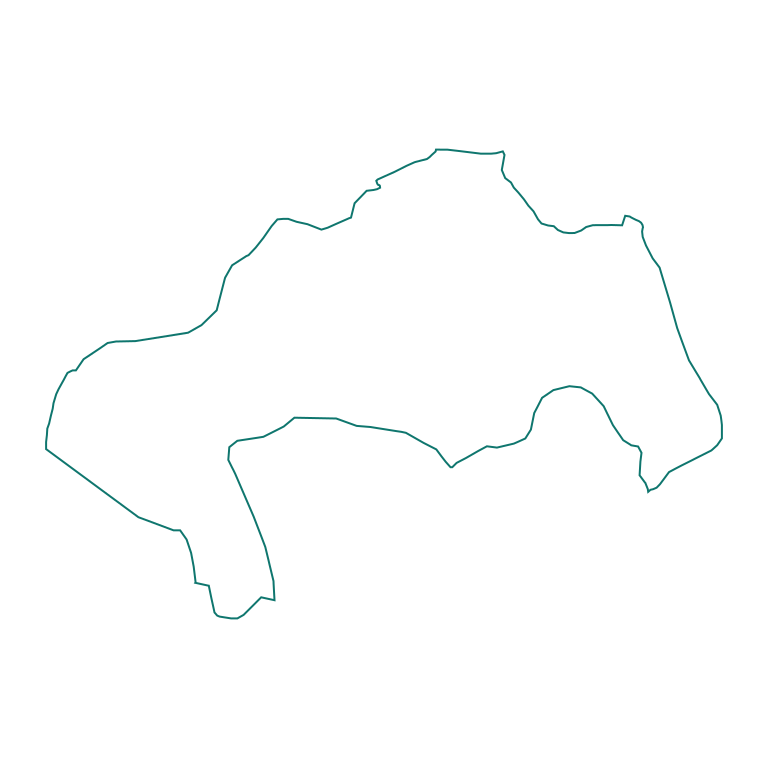 the district of As Sukhnah, Al Hudaydah, Yemen
{"feature_id": "15242507B99708697665736", "entity_name": "As Sukhnah", "entity_type": "district", "adm_level": 2, "iso_a3": "YEM", "parent_name": "Yemen", "parent_adm1": "Al Hudaydah", "projection": "robinson", "projection_center": [43.357, 14.746], "detail": "fine", "context": "isolated", "style": "outline", "palette": "teal", "viewbox_px": 768, "rotation_deg": 0, "n_neighbors": 0, "source": "geoboundaries", "source_scale": "gbopen_adm2", "svg_char_len": 3239}
<svg xmlns="http://www.w3.org/2000/svg" viewBox="0 0 768 768"><path d="M502.8,151.4L496.2,153.2L490.8,153.7L481.1,153.7L459.8,151.1L447.7,149.7L436.0,149.6L435.6,151.5L431.8,154.9L429.7,157.0L427.0,159.0L415.3,162.0L414.2,162.4L406.6,165.8L394.5,171.9L385.1,176.1L377.6,179.5L376.3,180.8L377.3,183.8L378.3,185.0L379.4,185.2L379.9,185.9L380.1,187.7L377.0,189.2L373.4,190.0L366.6,190.8L364.9,192.6L355.6,202.2L354.7,203.1L354.7,203.3L354.5,203.6L351.0,217.6L348.6,218.4L347.8,218.8L335.7,224.1L327.7,227.7L325.8,228.3L321.4,229.6L307.5,224.2L296.6,221.8L288.3,218.9L282.9,218.9L277.4,219.4L271.6,226.1L263.3,238.0L255.7,247.6L248.5,255.2L246.3,256.1L246.0,256.3L244.8,257.1L240.9,259.6L232.1,265.3L230.8,267.6L225.1,277.7L224.6,279.5L219.0,301.2L216.7,310.3L201.5,325.1L188.1,332.7L135.3,341.1L116.0,341.5L107.6,343.0L99.8,348.4L83.6,359.2L75.9,370.4L72.6,370.4L70.6,371.3L67.5,372.9L65.6,376.3L63.5,380.3L62.2,382.6L58.5,389.3L56.2,394.2L53.5,403.2L52.7,408.7L50.9,415.7L49.1,423.6L47.3,428.6L46.9,435.1L46.1,442.0L46.1,448.5L46.1,449.1L138.4,517.2L173.5,530.3L180.1,530.3L180.4,530.7L186.6,539.5L191.1,552.9L193.7,566.7L195.6,582.3L195.3,582.8L208.1,585.6L208.8,585.7L211.4,598.3L213.5,607.8L214.5,612.5L215.6,613.7L217.1,615.5L218.4,616.1L219.7,616.6L223.4,617.2L231.1,618.4L237.4,618.4L243.6,614.9L261.2,597.3L263.0,597.7L264.3,598.0L273.1,599.9L274.5,600.2L273.6,583.9L273.5,581.1L269.5,564.5L268.6,560.6L265.3,547.0L261.7,537.5L253.7,516.7L246.7,500.5L235.2,473.8L233.3,469.9L231.9,467.2L228.3,459.9L228.4,458.6L229.3,447.2L231.9,445.1L237.3,440.8L257.1,437.8L263.4,436.8L265.8,435.6L279.9,428.5L283.8,426.5L294.4,417.7L336.2,418.5L338.7,419.4L345.6,421.9L353.1,424.6L356.4,425.8L356.7,425.9L370.4,427.0L377.3,428.1L396.9,431.2L401.1,431.8L405.9,432.8L423.6,442.9L436.3,449.4L441.5,456.4L445.7,461.8L450.5,467.2L452.3,467.2L456.6,462.9L466.0,458.0L478.2,451.0L486.9,446.3L496.3,447.5L496.9,447.6L513.9,443.6L517.8,441.9L525.3,438.5L525.5,438.2L530.9,429.6L534.1,413.7L534.2,413.1L537.5,406.8L542.1,397.8L550.2,392.3L553.4,390.1L566.9,386.8L569.4,386.2L580.8,387.4L583.5,388.9L592.2,393.6L603.7,406.2L607.8,414.7L608.2,415.4L608.5,416.1L612.9,425.1L618.1,432.8L619.3,434.5L620.6,436.4L623.2,440.2L630.4,444.7L631.2,445.3L638.1,446.5L641.5,452.8L640.4,461.6L639.6,475.3L645.0,482.6L645.3,482.8L647.8,489.1L648.2,491.8L650.5,489.8L653.1,489.2L656.6,487.7L660.0,484.2L669.0,472.1L676.3,468.2L676.9,467.9L681.9,465.3L692.5,460.0L694.6,458.9L711.3,450.5L712.7,449.3L717.2,445.2L721.9,438.4L721.9,433.1L721.9,425.0L721.4,420.6L720.7,415.6L717.2,404.8L709.0,394.1L707.1,390.9L700.5,379.6L699.6,377.9L696.0,372.0L689.0,360.4L681.9,341.1L677.2,328.1L670.1,302.6L660.9,272.0L659.6,267.6L652.7,258.4L646.0,245.5L642.7,236.9L642.1,231.5L642.6,228.6L642.7,228.3L642.7,228.2L643.0,227.3L642.5,225.0L641.1,222.7L638.9,221.1L636.0,219.9L633.2,218.5L631.1,217.4L629.7,216.5L625.2,215.8L622.1,225.3L611.4,225.0L608.4,225.1L604.8,225.1L600.1,225.1L592.8,225.2L586.2,227.0L581.2,230.5L574.6,233.0L569.2,233.1L563.3,232.4L557.9,230.0L553.8,226.2L548.1,225.5L541.5,223.5L538.0,219.3L533.5,211.3L528.4,205.7L524.0,199.4L518.3,192.5L513.8,187.6L511.0,182.5L505.2,178.1L501.8,170.0L504.5,154.9L502.8,151.4Z" fill="none" stroke="#0f766e" stroke-width="2"/></svg>